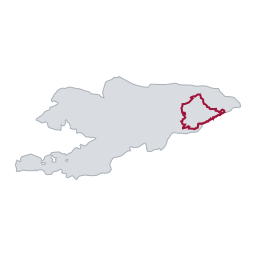 location of Jeti-Oguz, Ysyk-Köl, Kyrgyzstan
{"feature_id": "92254566B8733465494202", "entity_name": "Jeti-Oguz", "entity_type": "district", "adm_level": 2, "iso_a3": "KGZ", "parent_name": "Kyrgyzstan", "parent_adm1": "Ysyk-Köl", "projection": "natural_earth1", "projection_center": [78.776, 41.857], "detail": "fine", "context": "in_parent", "style": "outline", "palette": "rose", "viewbox_px": 256, "rotation_deg": 0, "n_neighbors": 0, "source": "geoboundaries", "source_scale": "gbopen_adm2", "svg_char_len": 6707}
<svg xmlns="http://www.w3.org/2000/svg" viewBox="0 0 256 256"><path d="M51.1,153.1L51.8,152.7L53.9,152.3L58.2,151.9L59.7,152.2L62.6,153.9L64.8,153.7L65.2,153.9L66.0,155.3L69.2,153.2L71.5,152.6L72.7,150.5L75.2,148.0L77.3,147.6L77.3,148.0L77.7,148.3L79.8,148.9L80.5,148.3L80.8,147.4L80.1,145.9L80.1,145.3L80.8,144.4L84.1,145.8L84.9,145.8L86.5,145.0L87.9,143.6L88.4,142.6L95.4,139.1L95.9,138.5L95.8,138.0L92.9,137.2L91.6,137.6L90.4,137.6L89.7,137.1L86.2,136.9L85.4,136.6L83.2,134.1L80.3,132.5L78.9,132.6L77.2,133.3L76.7,133.0L76.6,130.6L76.3,129.2L75.3,128.8L74.0,129.4L70.5,128.6L70.2,125.7L68.9,123.1L67.1,122.0L67.0,120.4L66.4,119.8L65.8,120.0L65.1,120.8L65.4,122.5L65.1,124.2L64.6,125.1L63.8,125.7L62.9,125.8L61.3,124.9L60.9,130.1L60.6,130.5L58.7,129.7L57.1,130.0L54.9,129.7L53.2,128.8L49.8,127.9L48.3,126.9L47.4,123.4L46.5,122.1L45.6,121.8L42.0,123.1L38.4,120.9L36.6,120.5L36.2,119.8L36.3,119.0L42.0,115.1L44.2,112.4L45.6,111.2L49.2,110.0L50.0,107.6L50.3,107.3L53.9,106.1L58.0,103.9L58.1,103.3L57.7,102.8L54.2,100.8L52.3,101.7L51.3,100.6L51.3,99.4L52.6,97.4L53.6,96.4L54.1,94.4L55.6,93.1L57.1,91.1L59.0,89.4L62.3,88.1L64.2,88.5L65.9,88.2L68.7,87.2L70.3,87.1L77.3,88.7L79.6,88.8L84.9,90.8L89.1,91.8L91.1,93.8L97.9,94.6L99.8,95.2L100.4,96.2L102.3,97.4L104.0,97.6L102.6,92.9L103.2,90.1L105.5,82.5L106.7,81.4L112.3,79.2L113.6,77.6L117.5,77.6L118.4,77.4L118.8,76.5L131.0,83.1L135.6,85.0L142.0,86.7L147.4,87.3L148.4,86.9L150.6,84.3L151.6,84.2L165.1,84.6L174.8,83.3L176.2,83.3L179.8,84.8L191.2,85.2L195.6,86.2L202.8,85.9L205.8,86.0L211.2,87.9L213.1,88.3L216.6,88.6L217.9,88.3L218.7,88.7L219.5,91.1L222.8,94.1L224.0,95.7L225.3,96.4L231.6,96.9L234.0,97.5L239.9,103.2L240.6,106.5L240.0,107.2L233.8,107.7L232.4,108.2L230.9,110.7L222.6,113.7L221.3,113.6L210.2,119.3L202.4,124.1L202.1,126.4L197.6,131.7L194.2,132.3L191.3,132.2L186.5,133.8L180.5,133.2L178.4,133.3L174.4,132.6L172.8,133.0L171.1,134.1L168.7,138.3L167.7,139.3L167.3,140.2L166.9,142.3L166.0,144.4L164.0,147.7L162.3,149.2L160.7,150.2L159.4,148.2L157.4,149.6L155.4,149.3L154.2,149.7L151.5,151.4L147.5,151.4L147.1,150.8L146.4,146.0L145.7,143.7L145.2,143.2L144.4,143.1L138.7,146.9L136.0,147.6L133.9,147.7L131.0,146.6L130.4,146.9L129.9,147.5L129.7,148.2L130.5,150.4L130.3,150.8L129.0,150.8L127.2,151.3L121.6,155.7L118.2,156.9L114.9,157.3L113.0,158.1L111.9,159.8L109.7,164.3L109.8,165.3L110.6,166.5L111.2,169.3L111.1,170.0L109.3,172.3L107.1,173.0L105.4,173.3L102.1,173.0L100.4,173.5L97.2,175.2L94.6,175.6L89.8,175.6L85.0,175.0L83.4,175.2L79.2,176.2L77.7,177.8L76.9,179.3L76.5,179.5L74.8,178.2L72.7,175.8L71.7,175.9L67.8,177.8L67.3,177.7L66.2,177.0L66.4,174.0L65.2,173.4L62.6,173.2L61.7,172.6L62.1,170.7L61.8,169.9L61.1,169.4L59.8,169.5L57.1,171.1L53.9,171.7L52.8,172.2L51.5,174.3L47.3,174.7L45.9,174.3L43.4,170.4L41.3,169.8L39.0,169.9L36.0,170.9L35.3,170.1L34.5,169.9L33.8,170.6L30.1,170.7L26.3,170.6L24.2,170.1L22.8,170.1L20.0,171.2L16.6,171.4L16.3,167.8L15.4,165.3L16.5,161.3L17.1,160.0L19.6,161.5L20.6,161.3L20.8,160.5L20.5,158.7L21.8,156.7L30.8,154.0L40.6,158.0L41.8,160.5L42.7,160.4L44.1,159.2L44.6,157.1L46.5,155.9L50.8,154.4L51.1,153.1ZM55.9,162.0L56.1,161.6L55.4,159.7L56.5,158.0L54.5,157.7L53.5,157.2L52.4,155.4L52.0,155.3L51.4,155.8L51.0,157.0L51.3,158.2L52.7,159.4L52.0,161.9L54.9,162.2L55.9,162.0ZM45.6,163.7L45.5,163.2L44.8,162.9L41.1,162.2L41.2,162.7L42.6,164.6L43.7,164.7L45.6,163.7ZM67.7,160.5L67.9,159.3L65.7,160.0L65.4,160.6L66.2,161.3L67.1,161.6L67.7,160.5Z" fill="#d9dde1" stroke="#a8b0b8" stroke-width="1"/><path d="M194.2,128.8L194.3,128.8L194.5,128.9L194.5,129.0L194.7,128.9L194.8,128.8L195.0,128.7L195.3,128.7L195.5,128.7L195.7,128.4L195.8,128.5L195.9,128.4L196.0,128.4L196.1,128.2L196.3,128.2L196.5,128.1L196.8,128.0L196.9,127.9L197.1,127.8L197.4,127.8L197.5,127.8L197.7,127.6L197.7,127.4L197.8,127.3L197.8,127.2L197.7,127.2L197.8,126.9L197.7,126.9L197.8,126.7L197.8,126.4L197.9,126.2L197.9,125.7L198.1,125.4L198.1,125.2L198.3,124.9L198.2,124.7L198.1,124.4L198.0,124.2L198.2,123.9L198.3,123.9L198.5,123.7L198.9,123.6L199.0,123.6L199.3,123.5L199.5,123.5L199.7,123.4L199.9,123.4L200.0,123.5L200.3,123.6L200.7,123.7L200.9,123.6L201.0,123.6L201.3,123.7L201.5,123.7L201.5,123.8L201.8,123.7L202.0,123.5L202.3,123.6L202.5,123.6L202.8,123.6L203.0,123.4L203.0,123.2L203.3,123.2L203.7,123.0L203.8,123.1L204.0,122.9L204.1,123.0L204.3,123.0L204.5,122.9L204.8,122.7L205.0,122.7L205.3,122.6L205.5,122.4L205.8,122.4L205.9,122.2L206.0,122.0L206.0,121.9L206.2,121.7L206.3,121.6L206.4,121.4L206.5,121.4L206.9,121.3L206.9,121.5L207.0,121.6L207.3,121.7L207.5,121.5L207.7,121.4L207.8,121.5L208.1,121.6L208.3,121.5L208.3,121.4L208.4,121.2L208.5,121.1L208.4,121.1L208.5,121.0L208.5,120.9L208.8,120.7L209.0,120.6L209.2,120.4L209.4,120.3L209.3,120.2L209.2,120.2L209.2,119.9L209.3,119.8L209.3,119.7L209.5,119.6L209.8,119.4L210.1,119.5L210.3,119.4L210.5,119.4L210.8,119.4L211.1,119.3L211.1,119.2L211.2,119.3L211.3,119.3L211.6,119.3L211.8,119.2L212.1,119.0L212.2,118.8L212.3,118.8L212.4,118.7L212.5,118.4L212.8,118.4L212.9,118.5L212.9,118.4L213.1,118.4L213.1,118.2L213.3,118.0L213.5,118.0L213.6,117.8L213.7,117.7L213.8,117.7L213.7,117.5L213.8,117.5L214.0,117.4L213.9,117.2L214.0,117.2L214.1,117.3L214.2,117.2L214.4,117.1L214.5,117.0L214.8,116.9L215.1,116.7L215.3,116.7L215.3,116.8L215.5,116.8L215.8,116.8L215.8,116.6L216.0,116.5L216.0,116.4L215.9,116.4L216.0,116.3L216.2,116.2L216.3,116.2L216.5,116.1L216.8,116.0L217.0,116.0L217.1,115.9L217.3,115.8L217.3,115.7L217.6,115.7L217.8,115.5L217.8,115.4L217.9,115.2L218.1,115.1L218.3,115.2L218.5,115.1L218.8,115.0L219.0,115.0L219.5,115.1L219.8,115.1L219.8,114.9L220.1,114.8L220.1,114.7L220.3,114.6L220.5,114.5L220.4,114.3L220.6,114.2L220.8,114.1L221.0,114.0L220.9,113.9L221.0,113.9L221.2,113.7L221.3,113.4L221.5,113.3L221.7,113.1L221.8,113.1L221.9,112.9L222.2,113.0L222.3,113.1L222.4,113.3L222.5,113.3L222.6,113.2L222.8,113.1L223.0,112.9L223.2,112.7L223.3,112.6L223.4,112.4L223.6,112.2L224.0,112.1L224.4,112.0L224.5,112.0L224.1,110.5L222.5,109.6L221.6,110.0L220.2,111.7L218.7,111.9L217.2,110.8L215.8,110.8L215.5,110.6L215.9,108.9L213.6,109.1L212.2,108.9L210.5,109.2L209.7,108.8L209.2,107.4L207.1,107.0L206.9,105.8L205.3,104.3L203.8,103.8L203.8,103.0L203.2,102.1L203.2,99.9L202.5,98.8L200.9,98.1L200.6,96.0L200.1,94.5L197.4,94.6L195.0,96.6L193.8,96.2L190.9,97.5L191.4,98.2L192.5,98.6L188.9,102.4L184.8,104.0L182.5,104.1L182.4,106.2L181.4,108.2L181.8,109.2L182.1,112.3L184.8,112.8L185.1,114.1L183.1,114.2L183.5,115.3L184.5,116.0L185.0,117.0L185.3,117.3L184.7,118.4L182.8,119.2L182.5,120.8L181.2,121.4L182.1,122.4L182.2,123.3L182.5,124.0L183.3,124.5L185.1,124.6L184.2,126.1L183.0,127.3L183.0,128.3L186.0,127.6L187.5,126.8L188.2,126.2L189.3,126.7L188.8,128.5L194.2,128.8Z" fill="none" stroke="#9f1239" stroke-width="2"/></svg>